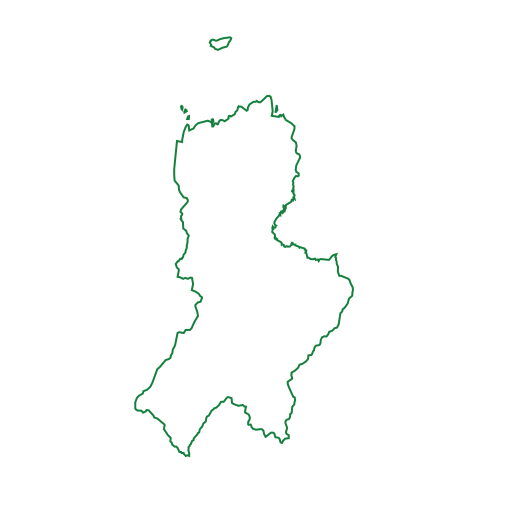 the district of Mueang Phangnga, Phangnga, Thailand, rotated 191°
{"feature_id": "78962969B58835722808395", "entity_name": "Mueang Phangnga", "entity_type": "district", "adm_level": 2, "iso_a3": "THA", "parent_name": "Thailand", "parent_adm1": "Phangnga", "projection": "equal_earth", "projection_center": [98.498, 8.471], "detail": "fine", "context": "isolated", "style": "outline", "palette": "green", "viewbox_px": 512, "rotation_deg": 191, "n_neighbors": 0, "source": "geoboundaries", "source_scale": "gbopen_adm2", "svg_char_len": 6079}
<svg xmlns="http://www.w3.org/2000/svg" viewBox="0 0 512 512"><g transform="rotate(191 256 256)"><path d="M189.1,83.4L189.7,86.4L191.9,87.1L193.0,88.6L192.6,93.2L195.2,97.5L195.5,98.9L194.9,101.0L192.6,102.2L191.8,104.3L192.3,107.4L191.3,108.3L191.1,109.3L191.6,115.1L190.1,117.4L190.3,119.7L190.0,121.6L191.1,124.7L192.6,124.9L198.7,133.6L200.4,136.4L200.9,138.6L197.2,142.3L197.3,143.2L198.5,145.5L198.8,148.3L195.9,150.9L193.2,154.5L192.6,157.5L189.7,159.2L186.7,162.2L185.3,164.8L185.6,168.5L182.9,169.4L182.3,170.2L181.9,173.1L181.0,174.6L181.2,176.5L180.7,178.5L179.9,179.5L177.1,180.5L176.4,181.3L176.1,183.0L176.4,186.1L175.6,188.8L173.7,190.2L171.5,190.4L170.2,192.8L169.7,195.5L166.7,197.4L165.1,200.1L162.8,201.2L161.8,204.7L162.2,215.9L160.8,218.0L160.7,220.5L159.3,221.7L157.0,226.7L156.6,231.9L153.9,235.4L154.4,238.3L154.3,241.0L155.1,243.7L158.0,247.3L159.7,250.3L161.0,251.2L168.6,252.8L170.4,252.4L172.6,256.0L173.4,261.0L175.2,263.6L175.9,266.2L176.9,267.7L176.9,269.2L178.0,270.2L177.5,273.1L180.0,271.8L181.3,270.4L183.6,266.1L191.6,265.4L193.0,264.7L193.5,263.0L194.7,264.4L196.5,263.5L197.7,264.7L199.2,263.7L201.9,263.4L204.1,264.4L205.1,264.1L207.1,268.3L208.1,268.6L207.7,269.2L207.7,270.8L208.4,270.7L208.6,271.7L209.4,271.7L209.7,272.6L214.6,273.1L214.9,272.5L216.2,273.5L219.4,273.9L219.6,274.7L221.8,274.4L222.6,275.9L223.2,275.9L223.6,274.6L223.3,273.7L224.7,271.7L226.8,271.2L227.7,271.6L229.1,270.4L230.2,270.8L230.8,272.1L232.4,272.5L232.9,272.0L233.3,273.5L234.0,274.3L239.0,275.9L239.2,276.3L238.8,276.9L239.6,277.2L240.1,276.6L240.8,276.7L241.3,277.9L241.0,279.0L241.7,280.7L244.7,282.7L244.7,285.2L244.3,285.6L245.3,286.4L245.2,288.2L244.0,287.1L242.5,287.6L242.5,289.2L242.1,289.7L243.1,290.0L244.3,291.6L244.2,293.4L243.0,296.9L240.8,300.4L241.0,301.0L240.5,301.3L239.9,300.9L240.1,302.0L240.7,302.7L239.8,303.2L239.9,304.4L239.4,304.7L238.7,303.9L238.3,304.9L237.8,303.9L237.3,305.0L236.5,305.2L236.3,307.5L237.1,306.9L238.5,309.4L238.6,310.7L236.1,309.6L236.5,311.6L231.8,315.9L231.6,317.9L230.3,317.5L230.1,318.3L230.4,319.9L229.0,319.3L230.0,321.3L229.7,323.1L231.1,324.3L231.6,327.2L232.5,326.1L233.0,326.5L233.0,327.2L231.9,328.0L231.9,328.7L232.5,329.5L232.2,331.1L233.3,333.4L233.3,335.1L234.2,336.4L233.3,339.8L232.2,342.0L229.8,342.4L229.4,343.0L229.9,345.3L232.4,346.3L233.5,348.1L233.7,352.7L231.5,360.9L231.6,361.9L232.8,363.9L235.7,364.6L236.6,365.9L237.1,367.0L237.1,371.7L238.5,375.1L242.1,377.0L243.5,378.3L243.7,379.5L242.5,387.9L242.9,390.7L246.7,393.1L252.6,395.2L254.8,397.6L256.2,400.0L257.9,398.0L258.7,399.2L259.3,399.0L259.9,398.3L260.1,396.9L267.3,396.6L267.2,401.0L267.6,402.5L270.5,412.1L272.1,415.2L273.7,415.7L275.7,415.1L281.0,407.7L283.3,407.5L284.8,408.4L285.8,407.3L288.0,406.8L291.3,403.5L292.3,400.3L292.0,397.9L292.9,396.8L298.6,399.7L300.3,399.7L301.1,399.2L301.6,399.6L302.1,398.4L302.1,395.5L303.6,393.5L303.9,391.1L307.3,388.1L308.2,388.6L309.2,388.3L309.6,387.4L309.1,385.7L312.4,382.3L314.8,383.0L316.9,382.7L318.0,381.0L318.5,378.1L319.0,377.8L320.2,378.6L321.7,378.3L322.8,375.0L323.7,374.9L324.2,377.2L325.8,379.0L329.2,379.6L338.1,375.3L340.2,372.8L341.7,369.2L345.5,366.5L346.9,371.0L347.6,371.8L348.6,371.9L349.8,368.7L350.6,363.7L350.6,355.9L350.3,353.8L355.5,353.8L352.9,325.9L351.8,320.1L350.3,314.5L345.4,310.5L344.2,306.3L342.8,304.2L338.3,299.8L334.9,299.6L333.5,297.8L333.4,296.1L338.5,287.2L338.6,285.0L336.5,283.5L336.4,282.5L337.2,280.8L336.8,279.3L337.1,278.2L336.2,277.9L336.3,277.2L335.8,276.5L334.2,275.4L332.6,269.1L329.3,267.4L328.2,265.2L325.9,263.2L326.4,259.6L325.8,256.3L325.9,252.2L325.5,251.0L326.0,248.2L326.0,245.7L327.3,243.5L327.4,241.3L327.8,240.0L328.3,239.8L328.4,238.9L329.9,238.8L330.9,236.2L331.7,235.9L333.3,232.8L331.5,229.6L329.4,228.3L329.0,227.0L329.0,220.6L326.5,220.6L323.3,219.7L321.1,221.0L318.6,220.6L316.2,222.3L314.6,222.2L312.4,216.5L312.5,210.2L308.5,209.5L305.0,208.0L303.1,206.0L301.4,205.4L301.0,204.7L301.7,200.5L304.1,199.4L306.1,196.5L306.0,195.2L302.9,189.8L301.5,186.1L303.9,179.5L305.5,172.7L306.8,170.8L310.9,170.0L312.3,166.5L316.8,166.6L318.3,165.5L318.4,153.4L318.8,151.2L319.8,148.5L319.6,144.5L320.5,142.6L320.6,139.7L321.9,138.2L324.7,136.7L329.2,128.7L331.3,126.0L333.6,111.6L334.8,107.4L337.4,103.9L340.7,101.8L340.9,99.4L344.3,96.4L345.8,94.1L346.6,89.3L345.4,83.3L344.6,82.4L342.8,81.7L339.0,82.3L336.9,80.7L334.6,82.4L334.0,83.9L332.0,84.1L326.2,79.8L325.1,78.1L321.8,77.6L313.8,73.2L313.4,72.7L313.4,68.5L308.1,63.2L305.1,61.2L304.7,57.6L303.0,56.6L302.2,54.8L299.4,53.4L297.8,53.7L296.0,52.3L293.9,49.1L292.0,49.3L291.5,48.3L289.5,48.9L289.1,48.0L286.8,46.3L285.4,47.3L283.5,47.0L283.9,49.4L285.4,52.6L285.3,53.9L285.8,55.4L284.9,56.7L285.0,57.7L284.2,58.5L283.4,62.3L282.2,63.3L282.3,65.1L279.6,69.6L279.3,71.1L278.1,72.0L278.1,75.2L276.3,78.2L275.7,81.6L273.7,84.0L273.9,87.4L273.5,89.0L271.8,90.4L270.1,95.7L268.6,97.2L268.0,98.5L266.0,99.6L264.0,102.4L262.5,106.2L259.9,106.7L257.4,111.6L256.5,112.2L252.9,111.8L251.5,107.2L249.6,106.4L244.7,105.6L240.6,107.2L238.8,106.1L237.1,106.2L237.1,101.3L236.8,100.3L233.3,99.2L232.2,98.1L231.1,95.9L231.1,94.7L232.0,91.5L231.6,89.3L231.1,88.9L229.0,89.5L227.6,87.2L226.0,85.8L222.7,85.5L218.7,86.9L216.8,87.0L215.3,85.8L214.2,83.0L212.1,80.3L207.5,85.5L205.3,85.9L204.1,85.1L202.4,81.8L199.1,81.9L197.6,80.4L196.6,78.1L195.4,77.4L194.7,77.6L194.3,79.5L192.6,82.2L189.1,83.4ZM340.5,453.6L336.9,452.8L335.8,451.6L332.6,451.1L328.7,454.0L324.8,455.9L324.1,457.0L323.2,461.3L322.7,461.7L321.8,464.7L321.9,465.2L323.4,465.7L329.8,463.4L332.9,461.9L335.5,459.9L336.9,459.7L339.3,460.3L341.0,459.5L341.4,458.4L342.1,459.3L341.5,458.3L342.2,456.9L340.3,454.7L340.5,453.6ZM264.4,407.2L264.3,400.4L262.9,403.4L264.1,407.2L264.4,407.2ZM353.3,386.3L353.9,384.0L353.6,383.1L351.6,384.9L352.1,385.8L353.3,386.3ZM349.7,377.3L348.1,377.6L348.4,380.5L349.3,380.0L349.7,377.3ZM358.1,388.5L357.3,386.3L356.4,385.5L356.3,387.2L356.7,388.7L357.7,389.1L358.1,388.5ZM324.9,382.0L325.5,381.3L323.9,378.7L323.5,380.3L324.3,381.9L324.9,382.0Z" fill="none" stroke="#15803d" stroke-width="2"/></g></svg>